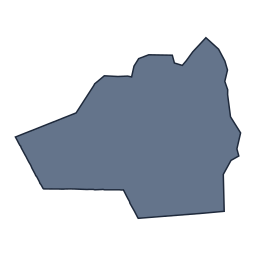 Mamdi, Lac, Chad (Equal Earth projection)
{"feature_id": "50815135B65244945482941", "entity_name": "Mamdi", "entity_type": "district", "adm_level": 2, "iso_a3": "TCD", "parent_name": "Chad", "parent_adm1": "Lac", "projection": "equal_earth", "projection_center": [14.379, 13.291], "detail": "fine", "context": "isolated", "style": "filled", "palette": "slate", "viewbox_px": 256, "rotation_deg": 0, "n_neighbors": 0, "source": "geoboundaries", "source_scale": "gbopen_adm2", "svg_char_len": 1227}
<svg xmlns="http://www.w3.org/2000/svg" viewBox="0 0 256 256"><path d="M224.2,211.3L223.3,174.4L231.0,160.4L238.8,156.0L236.9,148.9L240.6,132.9L230.5,116.8L227.6,94.6L227.7,89.8L224.8,81.4L227.5,70.0L224.9,61.1L218.6,49.2L205.9,37.7L192.7,51.9L186.3,60.7L182.3,65.4L174.4,63.0L172.3,55.2L148.7,54.8L138.7,58.6L134.0,66.1L131.6,76.9L127.6,76.1L117.9,76.5L104.3,75.8L94.7,83.8L93.7,85.7L76.1,112.9L15.4,137.0L17.3,140.5L18.4,142.7L20.0,145.6L20.4,145.9L20.6,146.0L20.8,146.7L21.2,147.8L25.2,155.2L26.1,156.7L26.6,157.8L28.8,162.0L30.0,164.0L30.8,165.4L31.9,168.1L34.9,173.7L35.3,174.5L35.8,175.8L36.5,176.3L39.1,181.2L39.5,182.1L39.6,182.3L39.9,183.3L40.8,184.4L41.8,186.1L42.6,187.6L43.1,188.5L43.7,188.9L44.5,188.9L54.0,189.0L58.5,189.0L61.2,189.1L62.2,189.1L63.7,189.1L65.2,189.0L65.4,189.0L70.9,188.9L73.0,189.0L74.4,189.0L87.0,189.5L89.0,189.4L91.0,189.4L93.3,189.4L94.0,189.6L94.7,189.8L101.8,189.5L102.8,189.4L103.0,189.4L103.4,189.5L104.4,189.8L119.6,189.8L121.3,190.0L121.7,190.0L122.1,190.0L123.4,189.9L124.7,192.4L126.4,195.8L128.2,199.2L129.4,201.3L130.0,203.4L133.4,209.4L134.7,211.7L135.2,212.7L137.7,217.5L137.8,217.6L138.2,218.3L203.3,213.2L224.2,211.3Z" fill="#64748b" stroke="#1e293b" stroke-width="1.5"/></svg>